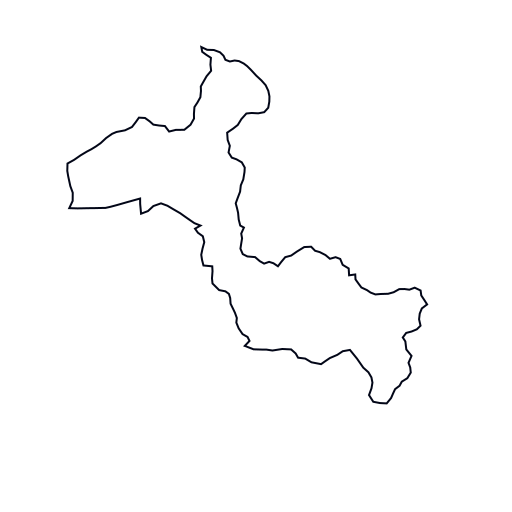 Dias d'Ávila, Bahia, Brazil, rotated 51°
{"feature_id": "56859067B71417853193151", "entity_name": "Dias d'Ávila", "entity_type": "district", "adm_level": 2, "iso_a3": "BRA", "parent_name": "Brazil", "parent_adm1": "Bahia", "projection": "robinson", "projection_center": [-38.284, -12.606], "detail": "fine", "context": "isolated", "style": "outline", "palette": "ink", "viewbox_px": 512, "rotation_deg": 51, "n_neighbors": 0, "source": "geoboundaries", "source_scale": "gbopen_adm2", "svg_char_len": 2856}
<svg xmlns="http://www.w3.org/2000/svg" viewBox="0 0 512 512"><g transform="rotate(51 256 256)"><path d="M332.8,190.5L329.6,195.8L324.0,191.8L317.4,194.2L311.3,192.4L307.0,194.9L304.7,200.3L299.0,201.4L293.1,204.0L289.1,206.8L283.5,207.3L279.4,212.9L278.3,221.5L277.8,228.4L275.3,234.0L276.5,240.1L277.8,245.4L272.6,247.0L268.8,249.5L267.0,254.5L262.4,256.3L256.3,257.4L250.9,263.0L246.2,265.1L240.5,263.5L236.8,259.4L233.5,255.7L229.3,253.4L226.3,247.5L222.4,249.1L216.8,246.5L211.1,242.7L206.8,240.6L202.3,238.6L199.6,234.1L196.0,227.9L191.5,223.3L188.5,217.7L183.5,212.1L180.2,209.1L174.3,208.1L168.6,210.3L164.3,212.9L158.3,212.2L153.9,207.0L148.0,205.0L142.0,200.8L142.6,193.7L142.7,187.7L140.4,181.2L139.2,173.8L142.1,169.4L146.5,164.5L149.4,159.1L148.5,153.2L144.4,148.5L140.4,145.1L135.4,142.5L129.3,141.0L122.9,141.3L116.0,142.3L108.2,142.8L102.8,143.4L98.7,144.4L93.8,146.6L90.6,149.6L88.4,153.9L84.3,156.3L79.9,155.2L75.0,155.8L69.4,159.1L65.0,164.2L59.2,167.0L63.5,169.3L68.4,168.0L73.6,166.3L78.6,171.0L83.8,174.3L85.2,181.3L87.7,187.7L89.5,192.2L93.1,194.9L97.6,199.3L99.9,205.0L101.5,210.1L106.5,214.8L110.2,217.7L112.8,224.3L112.8,232.3L107.5,239.0L104.6,245.2L97.7,245.0L93.5,249.3L89.3,253.1L84.4,253.9L78.9,255.4L74.8,259.9L76.3,265.3L77.7,271.2L75.9,278.7L71.8,286.4L70.5,290.9L70.0,298.0L70.5,305.6L70.1,311.5L69.4,316.8L68.4,321.8L67.4,328.8L66.8,336.9L65.5,344.3L71.1,349.1L75.7,351.7L84.8,356.3L91.5,358.6L97.8,363.8L101.3,371.0L106.7,364.7L109.6,361.0L113.0,356.6L116.9,351.7L120.3,347.3L123.9,342.7L126.1,338.3L129.0,331.8L132.9,322.6L138.4,309.9L142.7,313.3L150.8,318.7L153.1,311.7L152.6,304.3L155.3,296.7L161.2,293.2L167.7,290.8L175.0,288.0L180.4,286.5L186.7,284.7L191.7,283.2L197.4,280.0L196.4,286.2L201.4,286.5L207.2,284.9L212.7,287.5L216.6,292.9L220.6,297.8L225.1,300.4L230.3,302.8L236.5,296.5L240.5,299.4L245.7,304.3L250.0,307.1L259.3,306.1L264.2,302.0L268.4,300.9L272.4,302.5L277.1,305.8L282.8,307.1L286.9,308.1L292.1,309.9L295.4,313.2L301.3,315.0L308.3,315.6L313.6,313.5L317.9,314.5L318.8,321.3L327.0,316.6L332.1,310.7L335.2,306.9L339.8,302.7L344.8,294.1L350.7,287.5L356.7,286.5L361.5,287.3L366.7,282.3L373.5,279.8L381.0,273.5L381.3,268.6L381.8,262.8L384.0,255.0L384.6,248.5L388.1,242.1L399.3,242.1L410.3,242.9L417.1,241.8L423.0,242.7L427.7,245.2L431.5,249.5L435.2,255.7L443.1,256.6L448.3,252.2L452.8,247.2L451.4,240.4L449.2,236.2L447.0,231.7L447.2,226.1L445.4,221.8L446.2,215.3L444.0,209.1L439.7,206.3L435.0,204.7L431.5,198.0L423.2,198.0L416.4,193.7L411.7,193.2L410.3,187.7L412.6,182.6L414.2,177.1L413.7,172.0L407.8,169.1L403.8,165.0L401.1,160.1L401.3,153.5L396.0,152.9L390.7,152.4L386.4,149.8L380.5,152.6L378.7,158.0L375.1,161.4L371.9,165.5L370.8,171.8L368.5,177.1L364.0,183.0L361.0,187.4L356.5,190.0L352.4,191.2L346.8,193.9L341.8,193.7L336.8,193.4L332.8,190.5Z" fill="none" stroke="#020617" stroke-width="2"/></g></svg>